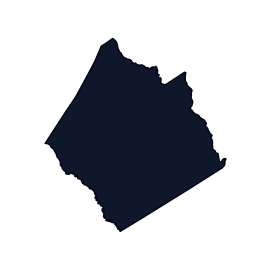 the district of Apuí, Amazonas, Brazil, rotated 328°
{"feature_id": "56859067B24093092109347", "entity_name": "Apuí", "entity_type": "district", "adm_level": 2, "iso_a3": "BRA", "parent_name": "Brazil", "parent_adm1": "Amazonas", "projection": "robinson", "projection_center": [-59.713, -7.593], "detail": "fine", "context": "isolated", "style": "filled", "palette": "ink", "viewbox_px": 256, "rotation_deg": 328, "n_neighbors": 0, "source": "geoboundaries", "source_scale": "gbopen_adm2", "svg_char_len": 5751}
<svg xmlns="http://www.w3.org/2000/svg" viewBox="0 0 256 256"><g transform="rotate(328 128 128)"><path d="M64.2,177.5L64.2,177.0L64.4,177.0L64.7,177.3L64.8,178.1L64.7,178.3L64.5,178.9L64.0,179.0L63.9,179.2L63.8,179.4L64.1,180.0L64.5,180.3L64.7,180.7L64.9,182.0L65.2,183.0L64.6,183.5L64.3,183.4L64.1,183.1L63.9,183.1L63.4,183.7L63.0,183.6L62.9,183.4L62.4,184.0L62.2,184.9L62.2,185.5L62.5,185.9L62.6,186.3L62.8,186.5L62.7,186.7L62.4,186.8L62.5,187.6L61.3,188.8L61.0,189.5L61.3,189.9L61.3,190.2L60.6,190.4L60.4,190.3L60.2,190.4L60.2,190.6L60.4,191.3L60.4,191.8L60.5,192.1L61.0,192.5L61.4,193.4L61.7,193.4L61.9,193.6L61.8,193.8L61.3,194.1L61.1,194.5L60.4,194.6L60.5,195.0L61.1,195.7L61.9,195.9L62.0,196.1L61.9,196.5L62.0,196.8L62.7,197.3L62.9,197.3L63.3,197.1L63.5,197.1L64.1,196.3L64.4,196.1L64.7,196.2L64.7,196.4L64.7,196.7L64.3,197.2L63.8,197.5L63.6,197.6L63.5,198.0L63.8,198.7L64.5,199.7L65.2,200.0L65.4,200.6L65.9,200.7L66.4,201.7L66.6,201.7L66.6,201.4L66.7,201.1L66.9,201.0L67.1,201.0L67.5,201.6L67.5,202.3L67.2,202.2L66.7,202.4L66.4,202.2L66.2,202.2L66.0,202.4L66.0,203.1L66.0,203.4L66.3,203.8L66.3,204.4L66.5,204.2L66.9,204.3L67.0,204.6L67.0,205.0L66.7,205.0L66.3,204.8L66.4,205.4L66.1,205.7L66.3,205.9L66.3,206.5L66.6,207.2L66.5,207.7L66.0,208.1L65.9,208.3L66.2,208.9L67.0,209.0L67.4,209.2L67.7,209.0L68.0,209.1L68.2,209.5L68.1,210.0L67.9,210.4L67.7,210.5L66.9,210.2L66.7,210.4L66.6,211.1L66.7,211.5L92.4,211.8L145.7,212.0L187.4,211.7L188.2,211.0L188.6,210.9L189.1,211.2L190.8,210.0L192.8,207.4L193.2,207.0L194.2,206.6L194.5,206.2L194.4,205.6L193.0,204.9L191.5,205.0L191.0,205.2L190.6,205.4L189.8,206.0L189.3,206.2L188.4,205.8L188.0,205.5L187.8,205.0L187.9,204.5L188.5,203.0L189.2,200.9L189.8,200.0L190.0,199.0L190.2,198.4L190.6,198.1L190.7,197.5L190.5,196.9L190.1,196.5L189.7,196.2L189.4,195.8L189.4,194.9L189.6,194.3L189.7,193.5L189.6,192.9L189.1,192.5L188.8,191.1L189.0,190.2L189.8,188.4L190.0,188.5L190.2,188.2L190.4,187.1L191.7,185.6L192.4,183.9L192.8,183.5L192.8,182.7L193.1,181.8L193.0,180.7L193.1,180.2L193.4,179.9L194.6,179.4L195.0,179.1L195.3,178.6L195.3,178.1L195.2,177.5L194.6,176.6L194.5,176.1L194.6,175.6L194.9,175.1L194.8,174.0L194.9,173.4L194.8,172.3L194.9,171.8L195.4,170.7L195.1,169.1L194.8,168.6L194.8,168.0L195.1,167.0L196.7,165.7L197.0,165.2L196.7,164.0L196.7,163.5L196.9,162.9L197.0,162.4L196.9,161.8L194.9,158.0L194.6,156.9L194.7,155.7L194.3,154.1L192.8,152.4L192.2,150.8L191.7,149.8L191.6,149.2L191.7,147.4L191.6,146.9L191.1,146.0L191.0,145.4L191.2,144.8L191.4,144.3L191.8,143.9L192.2,143.5L193.7,143.0L194.1,142.7L196.6,140.4L196.8,139.9L197.1,138.8L197.3,136.5L197.4,135.9L197.7,135.4L199.1,133.8L199.9,132.2L201.4,130.7L201.9,130.4L202.2,130.0L202.3,129.4L202.2,128.3L201.7,126.6L201.3,125.6L201.0,124.5L200.9,123.2L201.5,121.1L201.6,120.5L201.5,119.3L201.5,118.7L202.3,117.0L204.0,114.3L205.6,112.6L206.2,111.6L205.5,110.7L184.0,111.2L181.6,110.7L181.2,109.6L180.8,109.2L180.4,108.9L180.1,108.5L179.6,107.4L179.5,106.9L180.0,106.6L180.4,106.2L180.6,105.6L181.0,105.1L181.4,104.9L182.2,103.4L182.1,102.8L181.7,102.3L181.2,102.1L180.4,101.2L180.1,100.7L180.6,100.4L182.2,99.8L182.4,99.3L181.7,98.4L181.8,97.7L182.5,95.9L182.9,95.8L183.6,94.8L184.4,91.6L184.2,90.5L183.6,90.3L183.1,90.6L182.6,90.7L182.1,90.5L181.9,89.9L181.5,89.4L180.9,89.4L180.4,89.1L179.9,89.2L179.5,90.4L179.0,90.0L178.9,89.4L178.4,89.6L177.8,89.5L177.5,89.1L176.9,87.3L176.4,87.2L175.9,87.4L174.8,85.4L174.7,84.3L174.1,83.4L173.3,82.0L172.9,81.6L171.9,81.5L171.4,81.1L170.7,80.4L169.8,79.9L169.6,79.4L169.1,79.1L169.0,78.0L168.7,77.5L168.7,77.0L168.2,77.0L167.7,77.1L167.5,76.5L167.2,76.2L166.6,75.3L166.5,74.7L166.4,72.5L166.1,71.4L165.0,70.2L163.7,69.2L163.4,68.1L162.8,67.3L162.1,66.5L161.6,64.4L161.6,62.2L161.7,61.7L161.8,61.1L161.3,59.6L161.3,59.0L161.1,58.5L161.4,58.0L161.4,56.9L161.6,56.4L161.6,55.3L161.9,54.7L161.9,54.2L162.3,53.2L162.7,52.8L162.9,51.7L163.5,50.2L163.5,49.7L163.6,49.1L163.6,48.0L163.5,46.9L162.8,45.4L162.9,44.9L162.3,44.0L153.5,44.5L148.7,44.5L135.5,53.7L122.9,61.1L100.2,73.9L84.5,80.9L49.8,97.1L50.3,97.7L50.7,98.0L51.5,98.4L52.0,99.7L52.7,100.8L53.0,102.2L52.6,102.7L52.8,103.4L52.8,104.3L53.7,106.2L53.7,107.0L53.7,107.8L53.5,108.5L53.5,111.4L52.6,115.2L52.6,115.8L52.9,116.5L53.0,117.5L52.9,118.4L52.9,120.0L52.9,120.3L51.3,123.3L51.1,123.9L51.2,125.0L51.6,126.1L50.9,127.4L51.0,129.1L50.9,129.6L51.4,130.1L51.9,132.0L51.8,132.6L51.2,133.1L51.2,133.9L51.9,134.8L53.1,135.8L53.6,136.0L54.1,136.0L54.6,135.6L55.3,135.8L56.0,135.8L56.6,136.1L56.6,136.4L56.4,137.1L56.5,137.3L57.5,138.3L58.0,139.4L57.9,140.2L57.8,140.4L57.6,140.3L57.4,140.5L57.7,141.4L58.0,141.7L59.4,142.2L59.4,142.4L59.1,143.0L58.8,144.0L58.9,144.5L59.6,145.1L59.9,145.7L61.1,147.0L61.2,147.3L61.1,147.5L60.5,147.9L60.4,148.5L60.4,148.8L60.6,148.9L60.6,149.4L60.5,149.7L60.9,149.8L61.0,150.0L60.5,150.4L60.2,150.9L60.5,151.3L61.1,151.3L61.2,151.7L61.3,152.1L61.2,152.3L60.9,152.6L60.9,152.9L61.0,153.1L62.3,153.9L62.3,154.4L62.4,154.9L63.1,155.5L63.0,156.1L63.0,156.3L63.4,156.8L63.6,157.2L63.9,157.5L64.8,157.8L64.7,158.1L64.4,158.2L63.4,158.3L63.2,158.9L63.3,159.1L63.6,159.4L64.1,159.8L64.7,159.8L65.1,160.2L64.9,160.7L65.1,161.2L65.0,161.8L65.4,162.3L65.6,163.4L66.2,163.6L66.1,163.9L65.8,164.2L65.4,165.4L64.9,165.8L65.1,167.2L65.0,167.7L64.9,168.3L64.1,169.3L63.8,169.2L63.6,169.2L63.0,170.0L63.0,170.3L63.4,171.1L63.5,170.9L63.6,170.2L63.8,170.2L64.1,170.5L64.2,170.8L64.3,171.9L64.2,172.5L64.3,172.8L64.1,173.2L63.8,173.2L63.0,172.4L62.8,172.4L62.8,172.6L63.5,173.6L64.0,174.5L64.4,174.7L64.4,175.0L64.0,175.4L63.8,175.5L63.3,175.1L62.6,176.0L62.7,176.5L63.0,176.7L63.5,176.8L63.9,177.1L63.9,177.4L64.2,177.5ZM64.2,177.5L63.9,178.1L64.0,178.2L64.3,178.1L64.4,177.8L64.2,177.5Z" fill="#0f172a" stroke="#020617" stroke-width="1.5"/></g></svg>